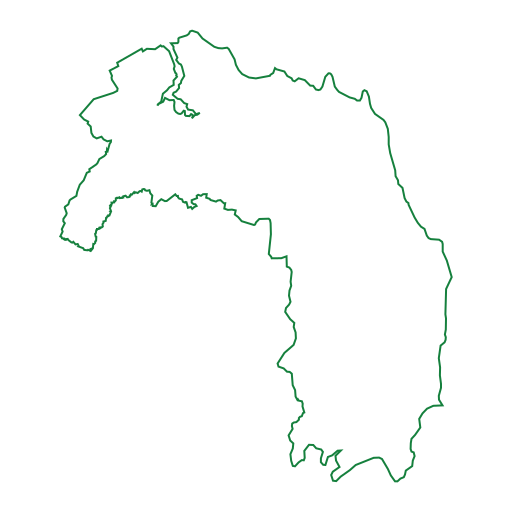 Temeke, Dar-Es-Salaam, United Republic of Tanzania (Robinson projection)
{"feature_id": "72390352B94835751472469", "entity_name": "Temeke", "entity_type": "district", "adm_level": 2, "iso_a3": "TZA", "parent_name": "United Republic of Tanzania", "parent_adm1": "Dar-Es-Salaam", "projection": "robinson", "projection_center": [39.284, -6.996], "detail": "fine", "context": "isolated", "style": "outline", "palette": "green", "viewbox_px": 512, "rotation_deg": 0, "n_neighbors": 0, "source": "geoboundaries", "source_scale": "gbopen_adm2", "svg_char_len": 5950}
<svg xmlns="http://www.w3.org/2000/svg" viewBox="0 0 512 512"><path d="M160.6,45.4L155.1,49.2L146.9,48.8L142.9,51.4L141.7,48.7L117.2,62.7L118.3,66.1L109.7,70.6L112.0,75.9L111.5,77.5L111.9,79.7L117.6,88.5L117.2,90.9L113.2,92.9L93.7,99.2L79.9,115.1L84.1,119.5L88.2,121.6L87.6,123.6L90.7,126.5L91.4,132.9L93.4,136.5L96.7,138.4L101.5,136.7L103.6,139.4L107.3,141.3L111.0,140.5L110.9,142.0L109.6,143.9L107.7,150.8L107.0,149.6L106.8,151.7L105.8,151.9L106.1,154.1L104.2,156.1L99.4,159.0L97.4,163.2L96.2,164.5L89.3,169.2L89.7,171.5L86.8,172.8L83.7,180.3L79.8,184.7L77.2,191.7L76.4,195.9L70.5,199.5L69.6,200.4L68.3,204.4L65.0,206.7L64.7,207.6L66.7,213.2L66.2,214.9L63.4,218.9L63.3,221.3L64.8,223.2L61.8,229.2L62.6,231.6L60.3,236.4L61.5,237.0L62.0,238.3L64.0,238.5L63.9,239.2L65.1,239.9L65.9,239.8L65.8,239.1L67.7,238.9L68.1,239.8L71.4,242.4L72.4,242.6L73.3,241.8L75.5,244.4L77.7,244.0L78.7,246.0L78.3,246.4L83.2,248.2L84.2,249.9L87.4,250.3L88.0,249.8L90.7,251.0L91.5,250.0L90.3,250.0L90.4,249.1L92.9,248.1L93.3,244.0L93.9,244.2L95.2,242.9L95.2,241.4L96.1,240.8L96.3,236.9L95.7,236.6L95.1,233.9L95.8,233.2L96.3,230.1L97.0,229.8L97.0,229.0L98.6,229.0L99.1,228.1L99.6,228.6L100.5,228.1L100.4,227.4L102.1,227.2L102.8,226.5L102.5,224.2L103.5,222.7L103.4,221.5L105.7,220.9L106.1,217.8L106.7,217.7L107.3,216.3L108.1,216.2L108.2,215.4L109.4,215.5L110.9,211.8L110.4,211.4L111.0,211.1L109.9,208.1L110.6,206.8L110.2,206.2L111.2,205.7L111.4,204.9L110.8,204.8L112.0,203.5L111.6,202.6L114.1,202.4L114.1,201.3L114.9,201.4L115.8,200.4L115.8,198.3L117.0,197.7L117.5,198.1L119.4,197.3L119.7,198.1L122.3,197.9L122.4,197.3L123.3,197.4L123.3,196.3L125.6,195.7L127.1,197.3L128.9,197.1L129.7,196.7L129.8,195.5L130.5,195.5L130.9,194.3L131.9,194.6L134.1,192.1L134.7,193.0L135.7,192.3L137.7,193.0L139.6,191.2L140.8,191.0L141.7,191.6L142.3,189.4L143.8,189.0L144.6,189.2L145.2,190.3L147.0,190.8L149.4,190.2L150.3,193.3L152.3,195.5L151.4,202.6L152.1,203.4L151.8,204.2L152.6,203.9L152.7,206.0L155.7,206.2L158.3,201.7L161.3,199.2L164.9,201.1L166.7,201.0L175.3,194.3L176.6,196.0L177.9,195.9L178.0,197.3L179.2,198.6L182.1,199.4L183.0,201.8L185.0,202.6L185.5,202.0L186.5,202.2L188.0,207.8L190.9,206.9L192.2,208.9L194.3,207.0L196.6,206.0L195.4,204.3L193.6,204.1L191.7,202.6L191.7,200.2L197.1,198.1L196.7,195.8L198.2,194.8L201.0,195.8L203.1,194.2L206.7,194.1L206.2,197.7L209.6,198.8L210.5,200.0L216.0,201.6L217.7,200.5L220.5,200.1L223.9,203.3L225.2,203.2L224.3,208.6L227.9,209.9L231.9,209.6L235.7,210.4L234.8,214.5L238.1,217.0L241.7,221.2L254.0,225.0L255.1,224.5L256.0,222.4L259.3,219.0L268.7,218.7L270.0,220.0L270.6,223.1L270.9,234.3L268.8,254.0L271.2,256.8L271.7,258.3L281.3,258.2L286.5,256.3L286.8,266.6L289.4,267.6L291.2,269.9L291.7,272.0L290.6,281.7L291.2,285.8L289.5,290.5L289.0,295.7L290.5,301.8L289.1,304.6L286.0,308.0L285.2,311.9L290.2,319.2L294.3,322.9L293.7,327.0L295.6,332.4L295.9,338.4L293.6,344.9L284.4,352.9L277.6,363.5L278.5,366.6L283.7,368.4L287.0,371.7L289.7,371.9L291.8,373.7L292.7,385.2L295.1,390.1L295.6,396.6L297.4,399.9L297.9,399.3L298.7,400.6L301.9,401.3L302.7,403.7L302.5,406.4L304.3,412.5L303.0,413.1L301.8,416.2L300.0,416.8L298.9,418.0L298.9,419.7L296.4,422.1L293.8,422.5L292.2,423.6L291.9,426.0L292.6,428.9L288.6,435.4L290.2,440.5L293.3,443.4L292.8,448.5L290.4,454.2L291.2,460.8L292.8,465.9L295.0,466.3L298.6,462.4L301.8,460.1L303.8,460.3L304.7,457.9L304.3,450.9L309.0,444.8L313.3,445.0L316.2,448.3L321.2,449.5L322.9,451.9L320.9,458.3L320.9,462.2L323.2,464.8L325.4,465.0L327.9,457.0L332.1,455.4L337.6,450.7L340.9,450.5L335.5,455.8L336.0,460.5L339.5,467.0L332.8,471.7L331.2,475.0L333.0,480.7L336.2,481.1L340.7,476.6L349.9,470.1L355.7,465.0L373.7,457.8L379.1,457.6L382.0,459.0L387.9,469.0L390.8,475.4L395.0,481.3L397.5,481.3L400.4,478.6L403.8,477.2L405.0,474.5L405.8,470.6L412.2,466.1L412.8,460.6L414.6,456.1L413.7,452.4L411.5,451.6L410.6,449.0L410.8,443.1L411.5,438.8L415.1,434.9L420.3,427.5L419.2,418.9L422.5,413.4L427.0,408.7L433.3,405.8L442.5,405.4L439.0,399.7L438.8,395.8L441.0,387.8L441.0,383.8L439.9,375.4L440.1,367.4L438.8,358.2L440.6,345.6L444.6,342.3L445.6,339.8L445.8,337.2L444.9,334.5L445.8,329.6L446.0,318.4L445.4,314.3L446.1,289.0L451.7,277.1L446.8,260.5L442.7,251.6L442.7,244.0L442.1,241.8L439.1,239.7L430.8,239.1L428.6,238.1L426.8,235.6L424.5,228.9L421.0,226.7L417.8,222.8L414.6,217.5L408.6,204.8L408.4,203.0L406.4,201.6L404.6,198.1L402.5,187.9L398.3,184.0L398.0,180.3L395.6,176.2L395.2,170.3L390.2,153.1L388.7,144.4L388.7,137.0L387.8,128.8L385.3,122.3L383.5,119.9L375.0,113.9L371.2,108.0L370.0,103.9L368.9,96.6L366.7,91.3L364.4,90.2L362.8,91.5L361.5,97.8L359.9,100.5L357.0,100.5L354.8,98.8L349.6,97.4L339.0,91.9L337.2,89.9L334.8,86.6L332.5,76.8L331.2,74.3L329.8,73.3L328.5,73.3L325.3,76.8L322.4,86.6L320.4,89.5L318.5,90.1L315.9,89.5L313.2,85.8L310.2,85.6L304.8,80.1L298.6,78.3L294.7,81.3L292.7,80.5L291.6,78.3L287.3,76.0L284.4,71.5L276.5,69.3L275.0,68.1L273.2,73.0L270.4,74.8L269.9,75.8L255.9,78.4L249.0,77.5L242.2,74.1L238.6,70.0L235.9,64.8L234.6,59.4L228.7,48.9L227.1,47.7L222.1,48.4L218.3,48.1L214.3,46.8L202.5,38.5L197.7,32.6L192.1,30.7L190.1,31.4L188.7,34.0L186.7,35.4L179.3,37.7L178.4,38.5L178.4,41.9L177.6,43.1L171.0,43.3L173.5,46.6L173.5,49.1L177.4,57.6L176.2,59.9L178.9,63.5L180.9,64.5L181.9,66.6L184.3,75.9L181.3,80.8L180.9,83.1L178.8,84.9L179.1,88.0L176.1,91.6L173.6,92.7L172.8,94.8L177.6,98.8L180.7,99.3L184.2,103.1L187.2,104.1L186.5,106.7L188.1,109.6L192.9,110.3L196.0,114.2L199.8,112.9L197.3,114.7L194.7,115.2L191.9,118.3L192.7,116.6L192.5,114.8L191.1,114.1L189.5,116.1L185.9,115.9L185.0,115.0L184.8,111.0L183.7,110.7L181.6,113.4L180.2,114.0L178.3,113.6L176.1,112.1L174.5,109.9L174.1,105.8L174.5,102.0L173.7,100.0L169.5,100.2L165.0,97.9L163.2,101.7L158.5,104.0L157.5,105.6L157.8,104.4L161.2,101.6L162.9,93.7L167.0,90.3L169.3,87.4L173.7,84.9L173.5,80.5L177.0,76.7L176.2,75.4L176.6,74.7L176.2,73.4L175.4,73.0L173.8,68.9L174.6,66.3L174.2,64.3L169.1,51.2L163.5,46.2L161.8,46.5L160.6,45.4Z" fill="none" stroke="#15803d" stroke-width="2"/></svg>